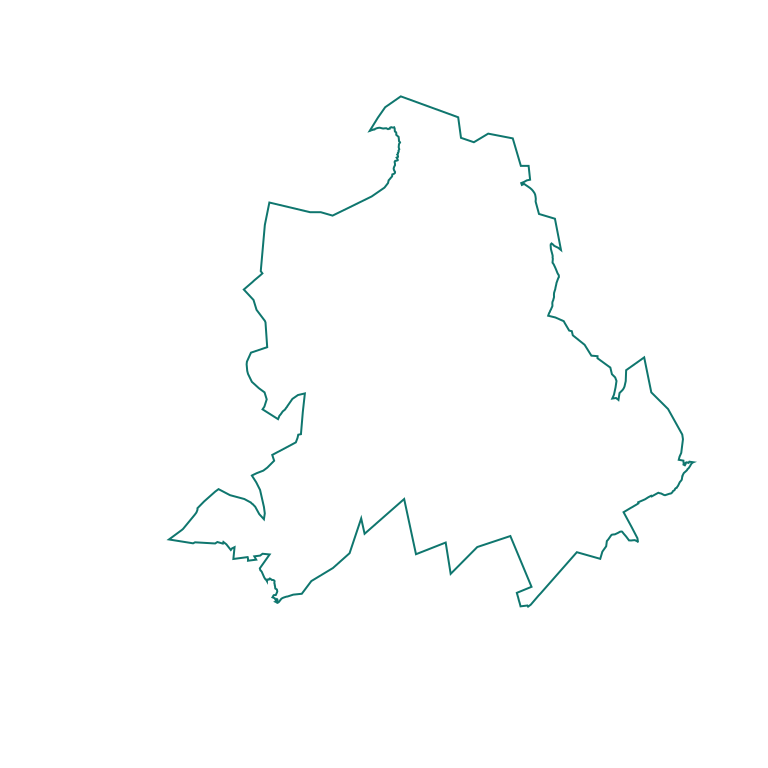 Zaragoza, San Luis Potosí, Mexico, rotated 248°
{"feature_id": "50627088B75959803312222", "entity_name": "Zaragoza", "entity_type": "district", "adm_level": 2, "iso_a3": "MEX", "parent_name": "Mexico", "parent_adm1": "San Luis Potosí", "projection": "albers", "projection_center": [-100.697, 22.039], "detail": "fine", "context": "isolated", "style": "outline", "palette": "teal", "viewbox_px": 768, "rotation_deg": 248, "n_neighbors": 0, "source": "geoboundaries", "source_scale": "gbopen_adm2", "svg_char_len": 6130}
<svg xmlns="http://www.w3.org/2000/svg" viewBox="0 0 768 768"><g transform="rotate(248 384 384)"><path d="M644.4,507.3L640.2,488.8L633.3,478.2L624.0,465.5L623.9,466.7L624.3,467.3L624.2,468.3L623.8,468.6L623.8,469.2L623.9,469.9L623.5,470.6L623.9,471.5L623.8,473.5L623.6,474.7L623.2,476.1L622.0,477.7L621.2,478.9L620.8,480.3L620.3,481.9L618.8,483.2L618.9,484.0L618.5,484.9L619.4,485.7L619.4,486.9L618.9,487.4L618.3,488.6L618.2,489.6L616.9,489.6L615.5,489.1L614.0,488.7L613.7,489.1L612.6,489.5L611.2,489.1L610.5,488.7L609.2,489.3L607.7,490.1L605.4,489.5L603.6,488.9L602.7,489.3L601.8,489.3L601.5,488.5L600.7,487.7L598.0,486.3L595.9,486.1L595.0,484.9L593.8,484.6L593.2,483.5L592.3,483.3L591.8,482.2L591.0,482.4L589.9,482.3L589.3,482.0L589.2,480.5L587.2,480.8L586.3,480.5L586.4,479.0L586.7,478.0L585.9,477.0L584.6,476.8L582.8,476.2L581.6,474.8L580.4,473.8L579.6,473.5L578.1,473.5L578.0,473.4L577.7,473.5L576.5,473.7L575.6,473.2L575.2,472.2L575.2,470.2L573.5,469.3L572.8,468.0L572.4,467.1L572.0,466.5L571.1,464.6L568.8,463.0L565.9,458.0L562.5,442.8L559.4,399.4L567.0,389.7L571.0,379.8L595.2,345.7L576.1,333.1L534.8,312.0L532.1,312.7L530.9,309.4L528.7,302.6L527.7,300.0L524.1,289.4L510.8,294.5L500.5,293.6L487.1,297.2L485.5,297.2L461.9,289.5L462.9,272.4L456.1,265.3L453.7,264.0L447.4,262.1L444.3,261.7L435.5,262.3L427.0,266.4L421.0,270.1L413.7,269.5L407.8,264.6L406.0,261.9L391.1,272.6L392.9,274.4L393.6,275.0L393.8,275.3L394.6,276.9L396.5,279.8L397.4,282.7L397.8,283.2L397.8,283.3L398.6,284.4L399.2,285.6L399.6,286.0L404.5,293.5L406.0,300.1L404.9,307.1L388.4,298.2L368.6,288.2L369.1,285.5L366.5,283.7L362.9,280.4L360.1,253.8L354.0,253.4L350.2,244.5L348.9,239.7L349.0,232.7L348.7,227.7L348.6,227.2L340.7,228.7L332.2,229.4L314.9,226.6L308.7,225.0L303.6,222.0L310.1,219.6L318.5,218.6L320.6,217.7L321.6,217.4L322.2,216.9L323.7,216.2L323.9,216.2L329.7,211.4L338.6,199.6L348.5,191.2L347.5,187.3L342.5,173.2L338.7,164.5L338.4,164.4L337.2,163.9L335.1,161.9L333.7,159.6L324.9,143.4L324.4,141.9L320.4,126.4L307.8,147.3L308.0,149.5L299.4,167.7L299.9,170.3L296.4,174.8L297.7,175.9L294.4,177.8L287.5,179.8L288.5,181.5L288.7,184.3L278.2,178.8L274.6,192.7L273.6,192.6L271.9,192.1L271.1,191.7L269.0,199.7L272.8,199.2L271.3,204.9L272.1,207.8L268.8,214.1L259.6,199.8L257.5,199.6L256.8,200.0L255.8,200.3L249.5,200.5L247.3,200.9L246.5,201.4L245.0,201.6L246.4,202.2L245.9,202.9L246.3,203.6L245.8,204.5L246.4,205.3L246.0,205.7L245.3,206.1L244.8,206.3L244.2,206.7L244.1,207.3L243.7,207.9L242.9,208.6L242.2,208.7L240.8,207.9L239.9,207.6L239.4,207.7L238.3,207.3L237.7,207.3L235.1,206.6L233.6,207.7L231.8,207.4L231.4,207.2L229.9,205.7L228.9,204.6L229.5,202.7L229.2,202.1L228.6,201.6L228.0,200.7L226.3,202.4L224.4,202.6L224.8,204.1L224.2,204.4L223.4,204.2L223.0,203.8L222.9,203.0L222.8,201.8L222.6,202.0L221.3,202.9L221.0,203.2L221.0,203.6L221.3,204.9L223.4,208.5L223.6,210.6L223.4,213.9L223.1,214.9L222.7,220.9L220.3,229.2L228.5,242.8L232.5,267.7L240.0,288.7L267.9,312.5L252.4,309.9L259.9,331.3L269.8,359.6L214.2,349.9L213.9,381.8L183.0,374.7L197.9,409.4L195.7,444.2L140.7,444.8L140.6,428.9L139.9,428.8L139.6,428.8L138.8,428.7L138.5,428.7L137.7,428.6L137.1,428.5L136.8,428.5L136.5,428.5L135.6,428.4L135.3,428.3L134.9,428.3L133.5,428.1L133.0,428.0L131.6,427.9L130.9,427.8L130.6,427.8L127.3,427.4L126.7,427.3L124.9,434.0L124.1,434.1L123.6,434.2L124.4,437.4L129.9,448.0L131.2,450.8L155.8,499.8L140.9,519.0L146.8,523.7L150.3,529.2L154.9,531.8L155.8,533.6L158.6,537.9L158.9,538.7L158.6,540.2L158.1,541.7L158.3,545.2L158.6,547.4L158.4,548.6L158.1,549.2L157.8,549.5L156.3,549.9L154.7,550.4L152.7,551.1L151.4,551.5L147.2,552.6L146.3,554.6L145.9,556.1L145.3,558.0L143.5,559.7L142.7,560.2L142.8,560.4L146.1,561.2L158.6,560.0L175.4,558.1L175.9,561.4L176.7,566.5L176.9,568.3L177.2,570.1L177.6,573.0L177.9,574.5L178.0,575.2L179.1,575.3L179.3,582.8L180.0,586.7L180.3,589.9L179.5,590.1L180.4,597.6L179.6,598.5L178.6,600.0L176.6,601.7L176.0,602.3L175.6,603.0L175.3,607.7L175.0,609.0L175.5,610.7L176.4,611.7L176.7,613.4L177.0,613.9L177.7,614.6L178.1,615.4L178.1,616.5L179.0,617.6L179.3,618.3L182.2,621.5L182.9,622.9L183.7,624.2L186.3,625.8L186.8,626.3L187.0,626.2L188.6,628.0L189.1,628.6L189.3,629.1L189.8,630.6L190.5,632.4L190.7,632.8L191.3,633.4L191.6,634.2L191.6,634.4L191.9,635.0L192.0,635.2L193.3,637.1L193.9,637.8L194.4,638.4L194.8,639.0L195.1,639.4L195.6,641.1L195.6,641.4L197.6,638.0L197.5,637.8L197.2,637.4L196.8,636.9L197.3,636.3L197.2,636.2L197.9,635.3L198.1,635.0L198.1,634.9L197.8,633.8L197.5,633.1L196.8,633.6L196.1,632.8L195.9,632.5L197.1,631.5L197.6,631.9L200.8,632.9L203.3,628.9L205.9,630.8L208.8,633.8L220.8,640.5L225.4,641.6L254.4,638.0L276.1,628.7L311.2,635.2L306.1,613.7L296.1,609.2L291.5,606.0L290.0,604.4L289.0,602.8L287.4,599.0L281.4,595.4L284.1,593.9L285.0,590.2L287.9,593.2L294.1,597.4L299.7,600.7L303.5,600.8L307.7,599.0L314.4,600.0L327.9,591.6L329.8,592.4L332.6,586.9L345.2,584.7L358.4,577.3L362.6,577.9L364.2,575.7L372.9,574.4L374.9,574.2L381.5,567.8L385.8,561.8L387.4,563.2L387.7,563.5L388.3,564.1L388.8,564.9L389.5,565.4L390.2,566.2L390.6,566.8L391.2,567.3L392.8,569.0L393.3,569.4L394.3,569.8L395.3,570.1L396.4,570.6L397.3,571.2L398.3,572.3L399.1,572.8L400.2,573.7L401.1,574.3L402.6,574.8L403.9,575.4L404.7,575.8L406.0,576.8L406.7,577.4L407.3,577.9L407.9,578.4L408.8,578.9L410.4,580.0L411.8,581.0L413.1,581.8L416.1,584.5L417.2,585.6L417.6,586.2L417.9,586.3L419.4,586.8L420.9,586.5L421.6,586.4L422.0,586.4L422.5,586.4L423.3,586.4L424.8,586.4L426.7,586.4L430.8,586.2L431.1,586.2L432.2,586.0L432.6,585.9L432.9,585.9L433.3,585.7L434.4,586.2L435.7,586.9L437.3,587.6L437.6,587.6L438.2,587.7L438.9,588.1L439.1,588.2L439.6,588.3L440.0,588.5L446.6,589.3L450.3,590.5L451.1,591.0L451.1,591.5L451.5,592.0L450.8,592.5L449.8,593.0L449.1,593.3L448.4,593.5L445.3,596.3L445.1,596.5L441.9,598.3L473.2,604.4L483.6,591.4L496.3,592.9L498.8,594.1L501.0,594.7L503.1,595.1L504.9,595.0L507.1,594.5L508.9,593.9L510.9,592.9L513.7,591.1L515.4,589.9L517.0,588.9L516.9,586.4L518.9,586.5L518.9,589.7L519.3,592.6L518.7,596.0L532.1,599.8L535.0,592.6L563.5,595.4L577.1,574.4L574.5,557.9L583.4,547.6L603.5,552.7L644.4,507.3Z" fill="none" stroke="#0f766e" stroke-width="2"/></g></svg>